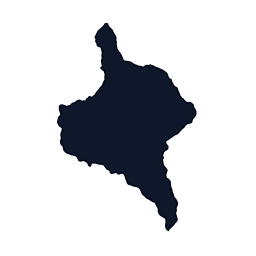 outline of Chhubu, Punakha, Bhutan, rotated 354°
{"feature_id": "84629894B89279896100925", "entity_name": "Chhubu", "entity_type": "district", "adm_level": 2, "iso_a3": "BTN", "parent_name": "Bhutan", "parent_adm1": "Punakha", "projection": "natural_earth1", "projection_center": [89.837, 27.663], "detail": "fine", "context": "isolated", "style": "filled", "palette": "ink", "viewbox_px": 256, "rotation_deg": 354, "n_neighbors": 0, "source": "geoboundaries", "source_scale": "gbopen_adm2", "svg_char_len": 5861}
<svg xmlns="http://www.w3.org/2000/svg" viewBox="0 0 256 256"><g transform="rotate(354 128 128)"><path d="M118.5,22.4L117.4,22.0L116.4,22.0L114.3,24.4L108.3,28.8L105.0,34.2L105.0,34.7L105.6,35.9L105.6,36.4L105.5,37.1L105.2,37.9L105.1,38.4L105.3,39.1L106.1,40.3L106.2,41.2L106.1,42.0L106.3,42.7L106.7,43.1L107.1,43.4L107.7,43.8L108.5,44.2L109.1,44.3L109.6,44.5L109.9,44.9L109.8,45.7L110.0,46.3L110.2,46.9L110.1,47.7L110.3,48.5L110.5,49.4L110.6,49.9L110.4,50.6L110.3,51.1L110.1,51.8L109.9,52.6L109.7,54.5L110.0,55.2L110.0,55.7L109.2,57.4L108.9,58.1L108.8,58.7L108.8,59.7L108.9,60.6L109.1,62.6L109.1,63.7L108.6,64.5L108.2,65.0L107.8,65.2L107.3,65.4L107.6,65.8L108.1,66.1L108.4,66.7L108.7,67.3L109.3,67.8L110.2,68.4L110.5,68.9L110.6,69.5L110.7,70.2L110.8,70.9L111.1,71.5L111.1,72.1L110.9,73.3L110.6,74.2L110.4,75.7L110.4,77.4L110.2,78.0L109.1,79.3L108.4,80.6L108.0,81.3L107.1,82.9L106.6,83.7L105.4,84.6L104.8,85.1L104.1,86.0L103.1,87.1L102.8,87.4L101.4,88.4L99.3,91.0L99.0,91.4L98.6,92.0L98.3,92.3L97.8,92.3L96.8,92.9L96.2,93.4L95.6,93.8L95.1,93.8L94.7,93.7L93.8,93.2L93.1,93.0L92.7,93.0L92.3,93.3L91.3,94.5L90.1,94.8L89.6,95.4L89.4,96.1L89.1,96.8L88.6,97.0L88.1,97.0L86.3,96.5L85.7,96.6L85.2,96.9L84.8,96.9L84.0,96.2L83.5,95.7L82.9,95.5L82.0,95.5L81.4,95.3L80.0,96.1L79.3,96.3L77.9,97.4L77.5,97.5L76.6,97.6L76.1,97.5L75.2,97.9L74.9,98.1L74.5,98.3L73.3,99.5L72.7,99.7L72.0,99.9L70.8,100.0L69.8,100.4L69.2,100.4L68.4,100.0L68.0,99.6L67.5,99.3L67.0,99.1L66.4,99.0L65.3,98.4L64.6,98.3L63.8,98.3L63.1,98.4L62.5,98.8L62.3,99.1L61.9,101.6L61.9,103.3L62.5,105.2L62.8,106.2L62.8,107.3L62.3,108.5L60.3,110.2L59.5,112.4L59.1,113.5L58.8,114.6L58.8,115.4L59.4,117.2L60.1,118.5L61.1,119.4L61.7,119.9L62.5,120.9L62.8,121.9L62.4,123.5L61.7,124.8L61.2,125.9L60.8,127.1L60.7,128.3L60.8,129.7L60.9,131.0L60.6,132.0L59.8,133.6L59.6,134.6L59.7,136.3L60.0,137.3L61.1,138.6L61.7,139.5L61.9,142.1L62.3,143.8L63.6,145.5L64.3,146.1L66.5,147.2L68.9,148.5L72.4,149.6L73.2,150.0L74.2,150.9L74.8,152.2L75.3,153.5L75.7,154.9L76.4,155.5L77.2,155.8L78.4,155.8L79.7,155.4L80.3,155.4L81.4,156.0L83.0,157.0L84.1,158.2L84.7,159.2L84.8,159.7L85.0,160.3L85.1,161.0L85.5,161.5L86.5,161.9L87.1,160.9L87.3,159.8L87.7,159.3L88.6,159.0L90.2,159.1L91.6,159.2L93.0,159.6L94.9,160.5L96.0,160.8L97.3,161.0L98.4,161.3L99.3,161.6L100.2,162.2L101.0,163.5L101.3,163.9L101.8,165.0L102.6,166.1L103.6,167.0L104.1,167.4L105.0,167.6L105.4,168.0L106.0,170.4L106.2,170.8L107.2,171.3L108.8,171.1L110.1,171.1L110.7,170.5L111.3,170.4L111.7,170.7L112.4,171.0L112.7,171.6L112.8,172.1L113.3,172.5L114.9,172.6L116.3,172.3L117.7,172.2L118.4,172.4L119.0,173.0L119.6,173.8L120.1,175.1L120.7,178.6L121.3,179.8L121.5,181.5L121.8,182.6L122.2,183.3L122.7,183.9L123.8,184.4L125.2,184.7L126.2,185.5L127.3,186.0L128.4,186.3L131.2,187.3L132.1,187.9L132.4,188.2L132.9,188.5L133.6,189.4L134.3,190.8L135.5,194.9L136.5,196.1L137.5,197.2L138.5,198.5L139.7,199.7L141.2,200.6L143.5,202.5L144.8,203.4L145.7,204.0L147.0,204.5L147.7,205.4L147.9,206.5L148.7,208.6L149.1,209.4L149.7,210.5L149.9,211.7L149.6,213.2L149.6,214.2L149.8,215.5L150.5,217.1L151.8,218.5L153.3,219.7L154.4,220.4L155.3,221.0L155.9,221.8L156.3,222.8L156.3,224.5L156.1,225.9L155.7,227.6L155.4,228.6L155.3,229.8L155.5,231.0L155.7,232.0L156.5,233.2L157.5,234.0L158.0,233.0L158.7,232.3L159.7,231.7L161.2,230.5L162.9,229.1L164.4,227.5L165.7,226.4L166.6,225.4L167.1,224.8L167.1,223.5L167.0,222.5L166.8,221.5L166.6,219.8L166.2,218.4L166.1,217.7L166.3,217.3L166.6,216.6L167.0,215.8L167.3,215.0L167.3,212.8L167.5,212.0L167.9,211.2L168.4,210.5L168.7,209.6L169.2,208.6L169.2,207.9L169.1,207.0L167.8,203.5L167.2,202.9L166.4,201.8L166.2,200.8L165.9,199.1L165.4,197.1L165.1,196.0L165.0,194.3L164.7,192.9L164.2,191.1L164.2,189.2L164.1,187.9L164.2,186.6L164.2,185.5L163.5,184.4L162.9,183.6L161.3,182.2L160.6,181.1L160.5,180.0L160.5,179.0L160.7,177.9L161.6,175.6L162.2,174.7L162.3,174.0L162.0,173.5L161.5,172.4L161.3,171.9L160.0,170.4L159.6,169.6L159.3,168.7L159.1,167.5L158.9,165.7L158.8,164.0L159.1,162.3L159.4,161.9L159.8,161.5L159.9,161.1L159.9,160.4L159.5,160.1L159.2,159.6L159.2,159.2L159.4,158.3L160.2,157.1L160.4,156.4L160.7,155.6L161.5,155.0L162.5,154.2L164.8,153.1L165.2,152.5L165.5,151.9L165.6,151.3L165.6,150.6L165.4,150.1L164.8,149.1L163.9,147.3L163.8,146.5L163.9,145.2L164.2,144.7L164.8,144.4L165.9,143.9L169.9,141.8L171.1,140.9L171.5,140.7L171.9,140.6L172.6,140.3L173.2,139.9L173.7,139.6L174.3,139.5L174.8,139.3L175.4,139.1L176.1,138.9L176.8,138.5L177.3,138.2L179.7,135.9L180.5,135.3L180.9,134.8L181.3,134.5L182.5,133.7L183.4,133.2L183.8,132.8L185.0,131.3L186.1,130.5L186.9,130.0L187.5,129.7L187.9,129.6L188.4,129.6L189.1,129.6L189.8,129.5L190.7,129.3L191.3,129.1L191.7,128.8L192.0,128.4L192.2,128.0L192.3,127.3L192.7,126.4L193.7,125.0L194.8,124.0L195.2,123.9L195.7,123.0L195.9,122.7L196.3,122.3L196.6,121.9L196.8,121.4L196.8,120.2L197.1,119.5L197.2,118.9L196.7,118.0L196.6,117.2L196.3,116.3L196.0,115.5L195.7,115.0L195.4,114.2L195.1,113.7L195.2,112.1L194.8,111.3L194.1,110.7L193.4,109.9L193.0,109.6L191.9,109.1L190.7,109.2L189.6,109.0L189.1,108.8L188.7,108.6L188.0,108.1L187.4,107.4L187.0,106.8L186.4,106.2L186.1,105.4L185.8,105.0L185.4,104.7L184.8,104.5L184.5,104.2L184.2,103.5L183.7,102.6L182.9,101.5L182.4,99.0L181.9,97.9L181.3,95.6L180.9,93.4L178.4,91.7L177.5,89.9L176.3,87.3L175.9,84.7L173.5,82.7L173.1,81.2L172.5,78.7L171.3,76.7L168.2,74.1L165.0,72.3L163.7,71.5L162.7,71.2L161.4,70.5L160.2,69.5L159.2,68.9L157.5,68.2L156.7,67.7L155.3,68.2L154.5,68.3L153.5,67.8L152.9,67.8L151.8,68.1L150.9,68.6L150.0,69.2L149.5,69.6L149.2,69.6L147.7,68.3L145.4,67.9L140.8,65.6L138.0,63.4L137.2,62.8L134.3,61.9L132.6,61.6L130.4,60.6L128.4,54.1L126.5,51.1L125.1,48.0L124.9,45.9L124.8,43.3L125.2,41.6L125.0,41.2L125.0,38.6L125.3,37.1L125.0,35.5L124.5,34.4L123.4,32.6L122.9,30.9L122.6,29.4L120.9,27.2L119.5,25.6L118.8,24.4L118.5,22.4Z" fill="#0f172a" stroke="#020617" stroke-width="1.5"/></g></svg>